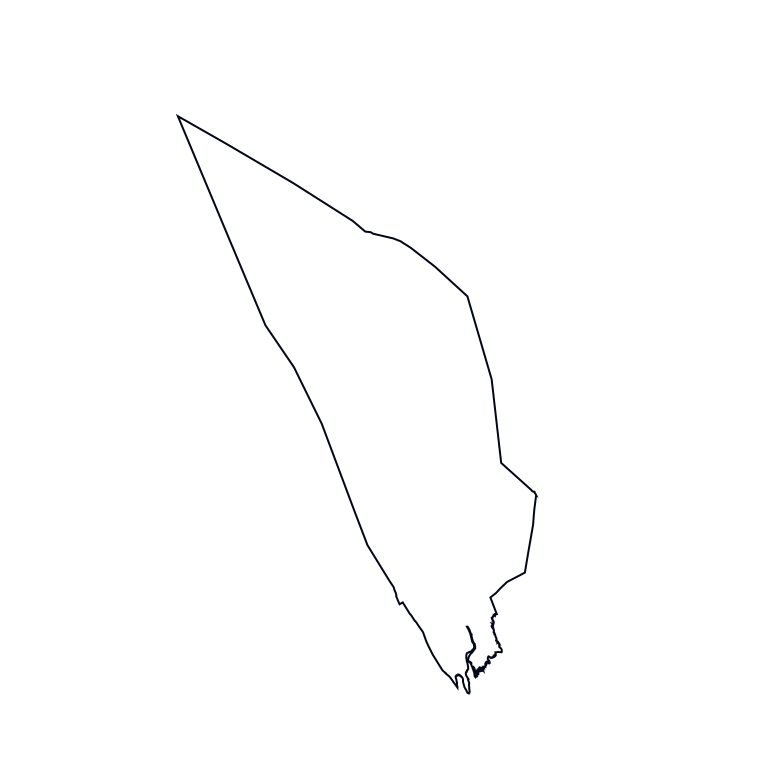 outline of Verdal nor, Nord-Trøndelag, Norway, rotated 251°
{"feature_id": "86288312B89960362745418", "entity_name": "Verdal nor", "entity_type": "district", "adm_level": 2, "iso_a3": "NOR", "parent_name": "Norway", "parent_adm1": "Nord-Trøndelag", "projection": "equal_earth", "projection_center": [11.503, 63.784], "detail": "fine", "context": "isolated", "style": "outline", "palette": "ink", "viewbox_px": 768, "rotation_deg": 251, "n_neighbors": 0, "source": "geoboundaries", "source_scale": "gbopen_adm2", "svg_char_len": 5621}
<svg xmlns="http://www.w3.org/2000/svg" viewBox="0 0 768 768"><g transform="rotate(251 384 384)"><path d="M439.7,491.4L478.3,470.4L504.4,453.4L511.1,448.0L513.3,446.4L518.6,440.2L529.6,422.7L531.9,420.8L534.2,415.9L548.4,407.5L603.6,363.5L662.2,313.3L704.3,276.3L575.2,284.6L478.1,291.0L429.3,304.3L366.6,312.2L273.2,314.7L237.0,315.9L196.8,324.9L188.7,327.0L186.2,326.8L181.9,327.1L179.9,326.8L179.1,326.4L177.4,326.6L174.3,326.7L170.7,327.0L171.4,330.6L158.6,333.5L156.5,334.4L150.0,336.0L149.3,336.5L147.5,337.1L144.2,337.9L137.8,339.8L136.4,340.1L126.9,340.2L121.6,340.7L112.1,342.0L94.1,346.1L90.4,348.3L90.2,348.1L86.0,350.7L80.9,352.3L79.7,352.5L77.2,353.4L73.1,354.6L74.0,354.9L74.7,354.9L74.8,355.0L74.7,355.1L75.3,354.9L78.1,355.9L78.9,355.8L81.1,356.2L83.2,356.2L83.5,356.4L84.2,356.6L84.5,357.0L84.4,357.2L84.7,357.5L84.5,357.9L84.8,358.0L84.6,358.3L84.8,358.5L84.5,359.2L84.8,359.4L84.6,359.5L84.6,359.9L84.3,360.1L84.5,360.3L84.1,360.5L84.1,360.9L83.1,361.2L83.2,361.4L83.0,361.6L82.3,361.9L81.8,362.0L81.7,362.2L80.4,362.5L79.3,362.6L76.5,361.7L70.8,361.4L70.6,361.4L70.4,360.9L70.5,361.4L70.3,361.5L68.8,361.8L67.9,362.1L65.2,362.3L65.1,362.6L64.3,362.9L63.7,363.5L64.3,364.3L65.5,364.9L66.9,365.2L67.8,365.3L68.5,365.6L69.0,365.6L69.6,365.9L71.7,366.3L72.7,366.9L73.7,367.1L74.1,367.3L75.6,367.2L77.3,367.2L77.8,367.3L78.0,367.5L77.9,367.7L78.0,367.7L78.2,367.4L79.6,367.3L81.4,366.8L83.5,367.0L84.2,367.3L85.2,368.2L85.3,368.4L85.8,368.9L85.6,369.0L86.1,369.3L86.5,369.7L86.4,370.0L86.9,370.3L87.3,370.9L88.7,371.3L92.7,372.0L94.6,372.0L96.4,372.3L98.8,372.8L101.3,373.8L102.5,374.8L102.7,377.0L102.9,377.6L102.7,379.3L103.5,380.6L103.7,380.8L104.5,382.6L104.9,383.1L106.8,383.9L109.4,384.2L111.4,383.5L119.9,384.3L124.4,384.0L127.5,383.4L127.4,384.0L125.2,384.6L123.2,384.8L118.2,384.8L118.3,385.0L119.3,385.0L118.3,385.0L118.8,385.2L118.7,385.3L117.1,384.7L114.4,384.4L111.5,384.4L109.6,384.7L107.9,384.9L109.3,385.2L109.2,385.2L105.3,384.6L105.0,385.1L105.1,384.6L104.8,384.4L104.4,384.2L104.2,383.6L103.6,383.1L103.4,382.5L102.5,381.7L101.6,379.9L101.1,379.3L100.8,378.3L99.7,376.7L98.0,375.0L96.1,373.9L95.1,373.6L94.9,373.4L94.4,373.2L94.0,373.4L92.9,374.9L92.7,375.1L92.3,375.1L92.8,375.2L92.0,375.9L91.6,376.3L91.8,375.8L90.5,375.3L90.6,375.1L90.1,375.2L88.4,375.1L87.7,375.4L87.7,376.2L87.1,376.4L86.8,376.5L86.4,376.8L83.0,376.8L82.8,376.6L82.2,376.3L81.1,376.1L80.8,376.2L80.7,376.8L79.3,376.9L79.0,376.7L77.5,376.7L77.1,375.0L78.1,374.7L81.0,375.4L83.5,375.4L84.5,375.3L85.4,375.5L86.1,375.3L86.6,375.4L86.9,375.4L86.1,375.2L85.4,375.5L84.5,375.3L81.2,375.3L78.3,374.6L78.8,374.4L77.0,375.0L77.3,376.8L79.0,376.8L79.7,377.4L82.5,377.4L82.6,377.5L82.4,377.7L82.4,378.0L82.6,378.0L82.6,378.7L82.4,378.8L79.4,378.9L78.9,378.1L78.7,378.0L79.1,378.9L81.2,378.9L82.2,379.4L82.2,379.5L83.6,379.5L83.6,380.0L82.2,380.0L81.1,380.3L81.0,383.0L80.9,383.3L81.0,383.3L81.1,383.1L81.2,382.0L81.4,381.8L84.5,381.7L84.9,381.8L84.9,383.0L85.1,383.0L83.6,383.1L82.9,383.2L82.8,383.6L80.7,384.5L83.6,384.8L84.2,385.1L84.4,385.7L84.2,386.0L83.5,385.9L83.4,385.8L83.7,385.6L83.1,386.0L84.3,386.1L84.2,386.4L83.8,386.8L83.8,387.2L83.5,387.4L83.4,387.6L83.9,387.7L84.6,387.6L83.9,387.8L83.5,387.7L84.2,387.8L85.2,388.3L85.4,388.4L85.3,388.6L85.5,388.6L85.4,388.8L85.5,388.9L86.4,389.2L86.2,388.9L86.5,388.9L87.2,389.2L87.3,389.3L87.1,389.4L87.4,389.5L87.0,389.5L87.0,389.4L86.6,389.2L86.3,389.2L85.7,389.1L85.7,389.4L85.4,389.4L86.0,390.0L87.6,390.6L88.0,391.0L87.7,391.5L85.7,392.2L85.5,392.6L85.6,393.0L86.1,393.2L88.0,393.4L89.2,392.7L90.2,392.6L91.2,393.0L92.4,394.0L92.4,394.3L91.9,394.8L91.0,395.1L90.8,395.4L90.7,395.8L90.3,395.9L90.4,396.1L90.1,396.3L90.2,396.8L90.0,397.1L90.2,397.3L90.1,397.5L90.3,397.6L90.2,397.9L90.5,398.2L90.3,398.5L90.6,398.7L90.1,398.8L90.0,399.4L90.5,399.8L91.0,399.8L91.2,400.0L91.1,400.3L90.6,400.6L90.7,400.8L91.3,400.8L91.7,400.5L92.1,400.8L92.1,401.2L91.4,401.3L91.4,401.5L94.0,402.0L93.7,402.8L93.5,404.6L92.2,407.5L92.1,407.8L92.8,408.4L95.0,408.8L96.1,408.4L97.8,407.4L98.5,407.6L98.4,407.8L98.9,408.1L99.4,407.9L100.5,408.4L101.3,408.2L101.5,408.3L101.8,408.1L101.5,407.9L102.1,407.8L101.9,408.0L102.3,407.9L102.3,407.6L102.7,407.6L102.6,407.4L102.8,407.3L103.0,407.5L103.1,407.3L103.4,407.2L103.2,407.0L103.8,407.1L104.1,406.8L104.3,407.0L104.6,406.8L104.2,406.7L104.3,406.6L104.8,406.6L105.1,406.5L105.3,406.6L105.4,406.8L105.0,406.8L104.9,407.0L106.7,407.5L108.2,407.4L108.3,407.2L108.5,407.2L110.8,407.5L112.2,407.3L112.1,407.1L113.1,407.3L113.3,407.1L113.1,407.0L113.5,406.8L113.7,407.0L114.2,407.1L114.5,407.4L115.8,407.8L116.6,407.6L117.1,407.6L117.6,407.3L118.1,407.4L118.3,407.3L118.1,407.2L118.4,407.2L118.6,407.0L120.0,406.9L120.2,407.1L119.6,407.7L120.3,407.6L120.4,407.8L121.2,407.9L120.8,408.0L120.9,408.4L121.4,408.3L121.6,408.5L122.2,408.3L122.0,408.6L122.1,408.8L120.8,408.9L122.5,410.0L123.4,410.3L123.8,410.2L124.2,410.3L124.4,410.2L124.4,409.9L124.5,409.8L124.6,410.0L125.3,409.8L125.8,409.9L126.4,409.7L126.9,409.7L126.8,410.0L127.3,410.0L127.7,410.0L127.6,410.3L128.2,411.0L129.0,411.2L128.5,411.3L128.9,411.7L129.4,412.0L129.4,412.5L130.1,412.7L130.1,412.9L129.7,412.9L129.0,412.9L128.9,413.0L129.1,413.1L128.6,413.4L129.7,414.1L129.7,414.7L129.9,414.7L130.1,414.9L130.4,414.8L130.4,415.3L130.0,415.5L129.9,415.7L147.5,415.1L150.0,422.1L153.1,427.9L156.8,436.0L159.8,455.8L177.3,465.3L202.3,479.1L212.0,483.3L216.7,485.4L229.0,491.5L228.8,491.7L231.3,491.4L231.8,491.1L232.7,491.2L232.8,490.9L233.5,490.7L233.8,489.8L234.5,489.3L235.3,488.9L235.6,488.9L271.2,469.1L353.3,487.3L439.7,491.4Z" fill="none" stroke="#020617" stroke-width="2"/></g></svg>